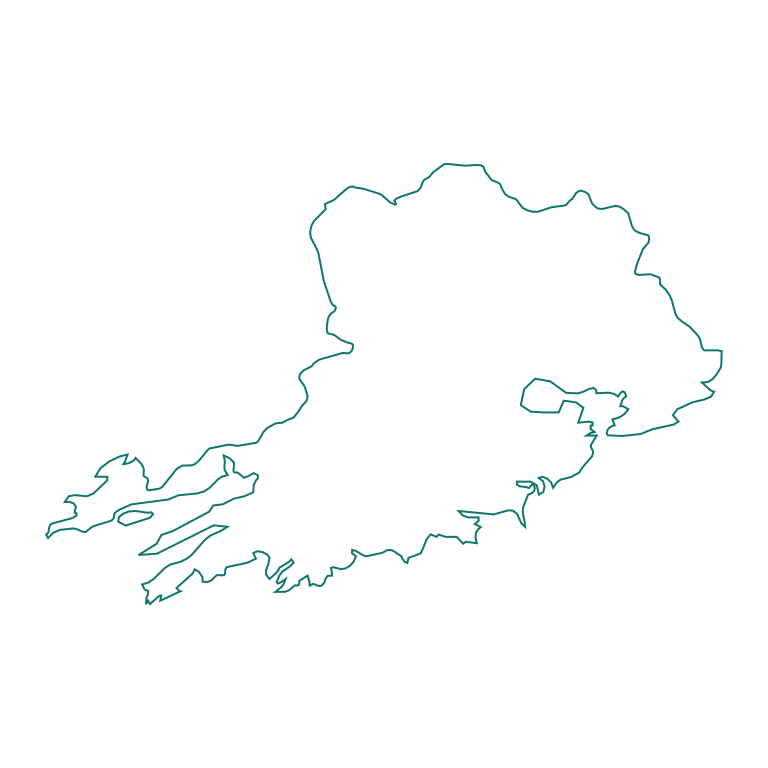 an SVG outline of Cork
{"feature_id": "IRL-78", "entity_name": "Cork", "entity_type": "County", "adm_level": 1, "iso_a3": "IRL", "parent_name": "Ireland", "parent_adm1": "", "projection": "albers", "projection_center": [-9.037, 51.912], "detail": "fine", "context": "isolated", "style": "outline", "palette": "teal", "viewbox_px": 768, "rotation_deg": 0, "n_neighbors": 0, "source": "natural_earth", "source_scale": "10m", "svg_char_len": 6102}
<svg xmlns="http://www.w3.org/2000/svg" viewBox="0 0 768 768"><path d="M721.9,351.3L721.6,352.2L721.4,363.5L720.8,367.5L717.0,373.9L712.9,378.9L708.0,382.0L701.9,382.5L710.6,390.4L714.2,391.7L711.1,396.5L704.5,399.5L692.4,402.3L677.2,409.3L672.9,415.2L678.5,421.6L673.8,424.5L651.8,429.4L640.7,434.0L622.3,436.0L608.0,435.3L606.7,433.6L607.4,430.2L609.3,427.8L611.9,426.1L614.6,425.3L612.5,419.2L616.7,418.3L620.8,416.6L624.7,413.7L628.4,409.3L623.2,406.3L620.3,406.2L622.4,400.0L623.8,398.1L626.2,396.4L624.8,392.4L622.8,391.3L620.5,392.9L618.1,396.5L614.2,393.9L608.3,392.7L596.3,393.2L596.3,390.3L593.7,387.9L588.7,389.1L583.4,391.7L578.0,393.4L566.0,392.8L550.3,381.4L535.2,378.7L524.2,389.1L520.8,405.1L530.8,411.7L545.3,412.5L558.7,412.4L563.8,400.7L576.1,402.4L583.4,407.8L578.3,422.7L589.2,421.6L592.6,422.6L592.6,425.5L590.6,425.6L590.7,429.1L594.5,432.0L590.3,433.1L586.5,435.6L596.7,435.5L590.8,445.2L591.3,447.8L592.5,450.1L593.2,452.8L591.9,456.5L582.4,467.5L579.2,472.5L571.4,476.9L560.5,479.7L556.8,482.4L553.0,487.8L551.2,482.5L547.0,478.6L542.3,476.8L538.8,478.0L543.1,481.3L544.6,486.8L543.3,492.0L538.9,494.7L536.7,485.1L530.5,481.7L517.0,481.6L517.0,484.6L520.0,486.4L525.9,487.0L529.0,488.0L531.7,484.9L533.5,484.4L534.9,488.0L534.3,490.7L532.3,492.9L528.0,494.8L523.6,506.0L522.8,509.0L523.1,514.2L524.5,521.3L525.1,526.8L521.4,523.4L517.1,514.0L513.0,510.7L508.2,510.3L493.8,514.4L458.7,511.0L463.0,515.6L467.9,517.4L478.6,517.4L478.6,520.9L474.8,524.1L480.8,527.0L477.6,529.9L475.8,533.5L475.5,537.8L476.9,543.2L465.8,541.8L463.2,543.7L456.6,536.8L445.8,536.9L438.6,534.6L436.6,536.9L430.6,534.3L426.4,539.7L423.3,547.8L420.6,553.4L408.5,557.9L407.3,562.9L404.7,561.8L402.2,558.4L401.4,556.3L393.6,551.0L390.3,549.9L386.8,550.3L382.4,552.8L366.2,556.3L362.5,555.0L355.9,550.9L352.2,549.9L352.1,553.4L356.0,556.3L353.6,561.7L350.0,565.8L345.5,568.4L341.0,569.2L333.4,567.2L331.0,568.0L331.9,572.7L331.9,575.7L327.6,575.8L325.6,578.8L324.2,582.7L321.8,585.6L318.6,586.0L313.2,583.8L309.7,585.6L309.5,582.3L307.6,575.6L299.5,580.7L298.8,584.9L297.1,585.5L294.8,585.4L288.9,590.4L284.8,591.8L275.3,591.9L281.5,587.1L283.7,583.8L285.6,579.0L281.4,582.0L277.9,583.6L276.7,582.0L279.4,575.5L282.6,571.4L289.9,566.4L293.6,562.9L291.4,559.4L288.9,561.9L279.5,567.6L278.3,570.3L275.5,573.6L269.4,579.0L265.9,574.1L266.3,569.6L268.3,564.4L269.5,557.7L267.5,554.7L262.7,552.2L257.4,551.2L253.4,553.0L255.9,558.7L247.5,562.7L226.6,567.2L225.4,569.1L225.0,573.7L224.0,575.3L216.8,575.1L211.1,580.5L207.7,581.9L202.7,581.8L202.4,577.0L198.8,571.7L194.7,569.4L192.7,573.5L176.5,588.0L179.1,590.8L180.5,591.2L160.3,600.7L161.2,595.5L158.5,596.4L150.0,604.1L148.0,600.6L146.0,604.1L146.4,598.1L148.1,593.9L148.1,590.9L145.6,590.1L144.3,588.9L142.2,584.4L148.6,582.5L154.0,578.7L164.6,568.2L170.0,564.6L180.3,561.9L186.8,558.7L192.0,554.5L205.0,539.8L210.6,535.5L221.2,530.7L227.4,526.8L213.8,525.3L156.9,553.7L138.5,555.0L156.6,543.8L161.4,535.0L172.9,531.0L209.2,511.7L213.2,505.5L222.8,504.3L233.8,498.7L244.6,496.2L253.2,492.3L253.8,484.7L256.5,479.6L257.9,478.3L257.9,475.3L253.7,473.1L249.1,475.8L244.1,477.8L237.4,472.4L234.9,472.6L233.7,471.9L233.5,470.1L234.0,464.1L233.8,462.3L229.5,458.2L223.7,455.4L224.9,461.6L224.4,465.9L224.6,470.0L227.7,475.1L221.8,476.7L217.8,479.5L209.6,487.9L203.9,491.5L197.6,493.4L178.4,495.3L168.3,499.5L131.2,504.4L119.1,509.8L114.7,513.1L114.2,514.4L113.8,517.9L112.8,519.5L111.2,520.7L92.6,526.5L85.5,532.1L82.1,531.5L76.4,529.0L73.4,528.4L59.9,529.9L53.2,532.8L48.0,538.0L46.1,534.4L48.3,532.8L49.2,527.3L50.2,524.8L52.0,523.5L72.1,518.2L76.6,515.5L76.6,513.4L74.6,512.6L75.9,506.7L73.6,503.3L69.3,501.9L64.8,502.1L68.6,496.3L75.0,495.1L86.9,496.3L93.3,493.6L107.3,480.4L107.3,476.9L95.3,476.7L100.4,468.2L109.7,461.2L119.9,456.4L127.6,454.5L125.0,461.5L123.5,464.1L128.7,463.2L133.6,460.7L135.6,457.9L141.5,464.1L143.1,466.8L143.9,470.0L143.5,475.0L144.1,476.4L146.9,478.0L147.7,479.2L148.1,480.6L147.9,482.3L146.5,487.0L146.8,488.7L147.5,489.9L149.0,490.3L159.6,488.6L162.3,486.9L176.7,468.9L182.1,465.6L191.7,465.3L194.9,464.1L198.7,460.9L207.8,449.9L209.4,448.5L228.7,444.6L237.7,445.9L255.6,442.9L256.9,442.3L258.6,440.5L263.2,432.3L266.9,428.3L273.7,424.3L276.8,423.2L282.5,422.7L288.1,419.6L293.6,417.6L297.6,412.6L302.2,405.6L305.7,401.9L306.9,399.9L307.4,397.9L307.4,395.5L304.8,386.8L299.5,379.1L299.3,377.3L299.6,375.2L301.2,372.7L304.1,370.1L311.3,366.5L314.2,363.0L319.3,359.6L342.5,353.0L347.8,353.3L349.5,352.9L350.9,351.7L352.3,349.8L353.1,346.2L352.7,344.5L351.6,343.6L346.6,342.3L340.5,339.6L334.3,335.0L327.7,333.2L326.9,330.8L326.8,327.0L327.8,319.4L329.0,316.2L330.5,314.0L334.4,311.2L335.7,308.5L335.8,307.3L335.5,306.5L332.5,304.7L330.5,301.0L323.6,280.3L318.7,254.3L317.0,249.5L310.9,237.8L310.2,233.1L310.7,228.6L311.8,224.9L314.1,220.9L325.8,209.0L324.8,204.2L334.0,199.9L346.7,188.7L350.1,186.9L352.5,186.5L355.6,187.6L363.7,188.8L380.0,194.0L382.6,195.7L390.0,202.3L395.2,204.7L396.0,204.2L395.9,203.3L394.3,200.7L396.0,198.9L399.9,197.0L417.6,191.1L420.7,187.7L422.4,182.8L424.0,180.1L429.5,176.8L433.2,172.1L444.2,164.2L446.8,163.9L465.7,165.7L476.3,164.9L480.8,165.3L483.3,166.5L485.0,171.3L491.7,180.2L497.4,182.2L500.0,184.1L502.8,190.2L505.2,194.1L508.4,196.6L516.0,199.1L522.4,207.7L527.0,210.2L532.4,211.7L537.8,211.8L551.2,207.3L564.0,205.6L566.4,204.7L569.3,201.2L572.9,198.2L576.0,193.1L578.8,191.1L581.1,190.7L585.4,192.1L588.4,194.1L592.0,203.3L595.0,206.5L597.9,208.5L602.3,209.0L615.3,205.8L619.2,206.5L623.3,208.9L628.3,213.3L631.9,226.0L633.4,228.8L635.0,230.6L639.4,232.9L648.2,235.3L649.0,237.1L649.2,238.5L648.5,242.6L642.9,249.1L637.0,263.9L634.8,272.3L635.6,273.9L639.0,275.0L650.6,274.2L659.3,277.6L660.0,279.5L660.2,284.4L665.9,289.9L669.8,295.6L671.9,300.6L675.2,313.0L676.6,316.2L677.9,318.1L682.6,322.0L689.3,326.4L697.8,335.4L700.1,339.3L701.8,347.0L702.9,349.0L704.3,350.3L717.7,350.3L721.9,351.3ZM147.9,512.8L150.8,512.2L153.1,513.8L150.7,517.2L148.9,518.1L125.7,525.6L118.2,521.7L118.9,517.1L123.2,513.6L128.9,511.5L135.8,511.0L147.9,512.8Z" fill="none" stroke="#0f766e" stroke-width="2"/></svg>